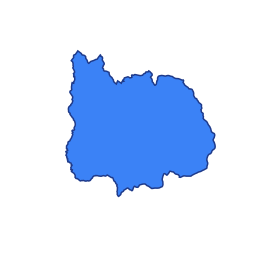 the district of Guatuso, Alajuela, Costa Rica, rotated 217°
{"feature_id": "36466004B87915732060573", "entity_name": "Guatuso", "entity_type": "district", "adm_level": 2, "iso_a3": "CRI", "parent_name": "Costa Rica", "parent_adm1": "Alajuela", "projection": "albers", "projection_center": [-84.82, 10.704], "detail": "fine", "context": "isolated", "style": "filled", "palette": "blue", "viewbox_px": 256, "rotation_deg": 217, "n_neighbors": 0, "source": "geoboundaries", "source_scale": "gbopen_adm2", "svg_char_len": 5834}
<svg xmlns="http://www.w3.org/2000/svg" viewBox="0 0 256 256"><g transform="rotate(217 128 128)"><path d="M213.8,147.6L212.2,147.5L211.8,147.3L210.4,146.2L209.7,145.0L208.9,144.5L208.5,143.9L208.4,143.1L208.1,142.7L206.7,142.1L204.8,141.1L204.1,140.1L204.3,138.6L203.6,138.3L203.6,138.1L202.9,137.6L202.7,136.8L202.3,136.4L201.9,136.2L201.6,136.3L201.4,136.7L199.7,134.7L199.2,133.3L199.2,132.4L198.3,131.0L198.6,130.8L199.9,130.7L199.8,130.2L198.1,127.3L197.9,126.8L197.5,126.4L196.9,125.6L196.4,125.3L196.1,125.0L196.0,123.7L196.4,122.9L196.4,122.4L196.0,121.7L195.7,121.4L191.2,119.8L190.8,119.4L190.3,118.7L190.1,118.1L190.0,117.2L189.7,116.9L188.6,116.7L188.3,116.2L187.6,114.1L187.8,112.3L187.4,111.7L187.4,111.4L187.7,110.8L187.9,109.2L187.6,108.2L187.0,107.2L186.1,106.3L185.4,105.4L184.7,105.0L183.1,104.9L182.8,104.6L182.8,104.3L182.5,104.0L179.2,103.0L178.8,102.8L177.6,102.7L177.1,102.5L176.5,101.7L175.4,101.6L174.6,101.2L173.1,100.1L172.0,98.8L171.5,97.7L171.3,96.2L171.1,95.7L170.8,95.2L169.9,94.7L169.8,94.4L169.8,94.0L170.3,93.3L171.0,92.8L171.0,91.9L170.8,91.8L169.4,91.5L169.3,91.1L169.5,90.8L169.5,90.2L168.3,89.7L168.1,89.3L167.0,85.2L167.2,84.2L166.7,83.2L166.8,82.3L167.4,81.3L167.4,81.0L167.0,79.9L166.3,79.0L166.3,76.7L164.7,74.5L164.4,74.4L164.2,74.6L164.0,75.4L164.0,74.4L163.0,74.1L162.6,73.8L162.6,73.4L163.3,72.5L163.4,71.7L163.1,71.5L161.7,71.5L161.8,70.7L161.4,70.0L161.2,68.9L159.9,68.6L159.6,68.0L159.1,67.8L158.8,67.3L157.4,67.0L157.4,66.2L157.2,66.0L156.2,65.7L156.0,65.0L155.8,64.8L155.3,64.8L154.7,65.4L153.5,65.2L152.7,65.6L152.3,65.6L151.5,65.0L151.2,64.4L150.7,64.7L150.4,64.7L150.2,64.4L150.2,63.6L149.8,61.9L149.0,61.2L148.7,60.4L148.2,60.3L147.8,60.9L147.3,61.1L147.0,60.4L146.9,59.2L143.8,59.3L142.7,58.9L141.5,58.2L141.1,57.8L140.8,56.9L139.3,56.4L138.8,56.5L138.2,57.0L137.8,57.1L134.3,57.0L133.4,58.1L132.6,58.7L131.9,59.4L130.7,59.7L129.7,60.2L128.4,61.7L127.4,62.1L126.6,63.4L126.6,64.6L126.7,65.4L126.4,66.3L126.4,66.8L126.6,67.1L126.6,68.2L126.3,69.3L125.3,70.2L125.2,70.6L124.6,70.8L124.3,71.3L122.4,72.1L120.4,73.3L119.0,75.2L117.1,76.0L116.8,76.4L116.3,77.9L116.2,78.0L111.7,78.4L111.4,78.4L110.5,79.1L109.7,78.8L107.4,77.3L105.6,77.2L104.2,76.3L102.8,76.2L102.4,75.9L102.2,75.1L100.4,74.0L100.2,73.5L98.9,71.6L98.6,70.7L97.4,69.7L96.8,68.6L95.3,67.8L94.3,67.8L93.8,70.1L93.8,70.6L94.4,72.1L94.4,72.9L94.0,73.6L93.6,74.8L93.8,76.0L92.9,78.0L92.9,78.4L92.6,79.2L92.3,79.7L91.8,80.0L89.4,79.8L88.5,80.2L87.3,80.2L87.1,80.3L86.9,81.0L87.8,83.9L87.8,85.3L87.1,85.6L86.0,85.6L84.8,86.3L84.4,86.7L84.3,88.1L84.5,89.1L84.2,89.8L83.1,91.3L82.2,92.4L81.3,93.0L81.1,93.3L80.5,93.6L77.9,93.4L77.3,93.7L76.1,93.9L72.8,93.9L71.9,94.6L70.4,96.2L68.4,97.6L67.4,98.5L66.8,99.2L66.1,100.7L65.6,101.3L65.5,101.6L65.5,102.5L66.0,103.8L67.8,106.0L69.0,106.8L69.9,107.7L71.1,110.4L71.8,112.9L71.4,113.5L71.2,113.7L70.1,113.8L68.9,113.6L68.5,113.9L68.4,114.2L68.3,116.4L68.4,116.9L68.5,118.7L67.9,119.1L66.5,119.5L65.3,120.2L64.8,120.2L63.6,119.9L62.3,119.9L59.9,120.9L59.3,120.9L58.0,120.5L57.4,119.6L56.4,120.2L55.2,122.5L54.5,123.5L52.4,124.7L48.8,127.4L48.4,128.8L47.1,131.6L45.8,133.8L45.3,135.1L43.8,137.0L42.8,139.2L42.0,140.6L41.5,141.9L40.9,143.1L41.1,143.8L41.9,145.0L42.7,147.2L43.3,148.1L44.5,148.8L45.0,149.3L45.4,149.4L45.6,149.8L45.8,149.9L46.6,151.1L47.3,153.1L47.4,153.3L47.6,154.4L47.5,155.6L47.3,156.2L46.6,157.2L46.6,158.7L47.1,160.0L47.1,161.4L46.6,162.5L46.5,164.4L47.2,165.6L48.3,166.8L50.6,168.5L50.9,168.5L52.0,169.1L52.8,169.6L53.0,170.0L53.5,172.5L54.3,174.3L54.8,174.9L55.6,175.4L56.4,175.4L56.7,175.2L59.1,175.2L61.8,177.4L62.7,177.8L63.5,178.3L65.4,178.8L66.4,179.2L67.8,180.0L69.1,180.5L72.7,180.5L73.3,180.9L73.7,180.9L74.7,182.6L75.7,183.2L76.6,184.7L77.1,184.9L78.5,184.9L79.2,185.1L80.3,186.3L80.8,186.5L80.8,187.6L81.0,188.3L82.4,189.4L83.1,190.6L83.4,190.8L85.0,191.0L86.4,190.9L87.4,191.2L88.0,191.6L89.9,192.1L90.5,192.6L91.3,192.6L91.9,192.2L93.1,192.5L95.2,193.5L96.3,195.1L97.4,196.1L99.9,197.3L100.6,197.3L101.1,196.8L102.2,196.6L102.6,196.0L103.1,196.0L104.4,196.5L105.3,196.5L105.7,196.4L108.1,196.4L108.7,196.5L110.2,197.2L111.4,197.5L112.0,199.2L112.8,199.6L113.5,198.9L114.0,198.7L116.1,198.2L117.5,197.7L119.8,196.2L121.5,195.8L123.6,195.8L125.0,195.1L127.1,194.4L128.2,193.5L129.4,191.9L131.8,190.8L133.0,190.0L134.4,188.4L134.8,187.6L134.8,187.0L134.5,185.8L133.3,184.2L133.3,183.1L133.1,182.6L132.9,182.5L132.9,182.2L131.8,180.1L131.9,178.8L132.4,178.3L133.3,178.5L135.2,179.4L136.4,179.5L137.5,180.8L138.3,181.4L139.4,181.8L140.6,182.1L140.7,182.8L140.5,183.5L140.5,184.8L141.3,185.6L142.1,185.9L143.1,185.9L144.5,186.2L145.8,186.1L145.7,184.9L147.4,183.6L147.4,182.9L147.2,182.5L147.2,182.0L147.8,181.3L148.0,180.7L148.2,178.8L149.7,177.2L154.6,174.9L155.0,174.4L155.1,173.9L155.3,173.4L156.3,173.0L156.8,172.6L156.8,172.2L155.4,170.9L155.5,170.5L156.6,169.2L158.4,169.0L158.9,168.8L161.0,165.9L161.0,165.3L160.6,164.4L160.9,163.6L160.9,163.0L159.5,162.9L159.9,162.3L160.6,161.8L160.6,160.7L160.3,159.7L164.6,159.4L163.8,156.1L166.4,156.2L167.5,156.6L168.2,157.1L168.6,157.6L170.2,158.1L171.1,158.6L173.6,158.7L175.0,159.4L176.2,160.5L176.6,161.0L178.9,160.5L179.9,160.1L181.2,159.2L182.2,159.4L183.1,160.4L184.5,160.6L184.7,160.9L185.0,162.4L185.4,163.2L185.3,163.7L185.3,164.3L186.0,165.4L189.4,166.8L189.9,167.5L190.3,168.5L191.2,169.2L191.6,169.2L192.0,169.0L193.1,168.9L193.2,169.0L193.4,169.6L194.1,169.7L194.2,166.7L194.0,164.5L194.3,164.0L194.9,163.5L196.0,161.3L197.8,158.7L198.2,156.2L198.3,156.0L199.3,156.1L200.1,156.4L200.5,156.9L201.7,157.6L203.7,158.2L204.6,159.4L205.3,159.7L206.5,159.7L207.2,159.5L208.5,158.8L209.4,159.0L210.0,159.4L214.5,159.4L214.4,158.2L214.3,155.2L214.6,154.6L215.1,153.9L215.1,153.3L214.8,152.6L213.9,151.8L213.8,150.7L213.9,149.2L213.8,147.6Z" fill="#3b82f6" stroke="#1e3a8a" stroke-width="1.5"/></g></svg>